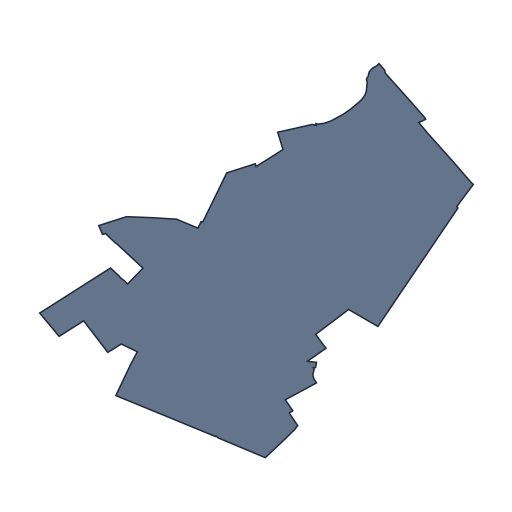 Movilita, Ialomita, Romania, rotated 4°
{"feature_id": "2599482B73561302085915", "entity_name": "Movilita", "entity_type": "district", "adm_level": 2, "iso_a3": "ROU", "parent_name": "Romania", "parent_adm1": "Ialomita", "projection": "natural_earth1", "projection_center": [26.485, 44.626], "detail": "fine", "context": "isolated", "style": "filled", "palette": "slate", "viewbox_px": 512, "rotation_deg": 4, "n_neighbors": 0, "source": "geoboundaries", "source_scale": "gbopen_adm2", "svg_char_len": 1882}
<svg xmlns="http://www.w3.org/2000/svg" viewBox="0 0 512 512"><g transform="rotate(4 256 256)"><path d="M323.8,357.8L322.6,357.8L320.4,357.7L317.0,357.6L314.7,357.2L316.6,355.8L332.3,343.1L328.7,339.1L321.0,330.0L352.1,302.9L382.5,317.8L432.1,232.0L446.7,206.8L449.5,202.0L450.8,199.8L451.8,198.0L452.9,196.2L453.8,194.5L454.1,194.0L453.7,193.6L452.8,192.8L454.2,190.6L455.3,188.8L457.6,185.2L461.9,178.5L462.9,177.0L467.8,169.4L465.2,167.4L446.5,148.6L422.6,125.3L418.8,121.6L412.6,115.2L409.1,111.6L415.7,107.8L415.0,106.5L400.9,92.5L373.5,65.8L372.5,64.7L371.9,64.0L371.8,63.6L371.5,61.7L368.4,58.6L365.3,55.5L364.1,56.7L363.0,58.0L360.6,59.4L358.6,60.9L356.0,64.6L355.2,69.6L354.1,70.8L353.9,72.4L354.8,75.2L354.7,78.1L354.5,84.2L353.3,88.1L351.2,91.7L347.8,95.5L339.2,103.7L332.4,109.0L321.4,116.0L315.0,118.8L308.5,120.1L306.6,119.7L307.0,121.4L304.8,121.1L302.7,120.9L284.1,126.5L269.0,131.0L275.5,147.9L249.8,166.8L248.9,164.0L221.0,175.1L210.4,201.4L200.5,225.8L198.9,225.4L196.1,232.2L174.0,224.8L150.6,225.0L137.3,225.4L127.2,225.7L124.1,225.8L110.5,231.2L97.0,236.6L101.4,245.2L104.3,244.1L109.4,248.4L115.3,253.2L115.7,253.1L144.1,276.0L137.0,284.4L129.9,292.9L126.0,289.5L125.2,289.2L122.2,287.1L120.7,285.3L119.1,284.2L111.7,278.1L77.9,303.1L44.2,328.0L65.2,349.9L88.6,332.7L114.9,362.5L127.7,353.2L144.3,359.8L138.5,372.9L125.9,405.0L228.1,438.9L228.6,438.4L231.0,440.1L240.8,443.5L269.8,453.3L279.3,456.5L281.3,454.3L285.9,449.4L297.7,436.6L307.7,425.2L307.9,424.5L307.8,424.4L309.5,422.4L300.6,411.0L300.3,410.4L300.4,410.2L300.6,409.8L301.5,409.2L303.3,408.1L303.5,407.8L303.3,407.5L295.2,397.4L295.5,397.2L322.3,380.2L325.2,378.4L322.6,374.9L321.9,373.4L321.3,371.4L321.0,370.2L321.2,369.0L321.7,366.4L321.8,365.3L321.8,364.5L321.6,364.0L321.1,363.6L322.2,363.5L323.2,363.1L323.5,360.7L323.8,357.8Z" fill="#64748b" stroke="#1e293b" stroke-width="1.5"/></g></svg>